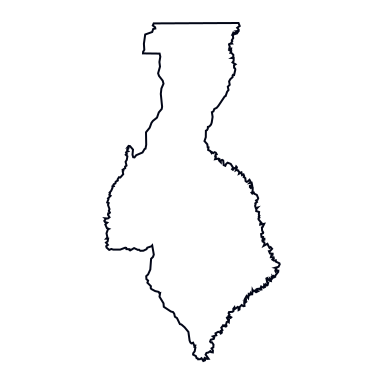 Cristalina, Goiás, Brazil (Robinson projection)
{"feature_id": "56859067B10276858229585", "entity_name": "Cristalina", "entity_type": "district", "adm_level": 2, "iso_a3": "BRA", "parent_name": "Brazil", "parent_adm1": "Goiás", "projection": "robinson", "projection_center": [-47.497, -16.702], "detail": "fine", "context": "isolated", "style": "outline", "palette": "ink", "viewbox_px": 384, "rotation_deg": 0, "n_neighbors": 0, "source": "geoboundaries", "source_scale": "gbopen_adm2", "svg_char_len": 6054}
<svg xmlns="http://www.w3.org/2000/svg" viewBox="0 0 384 384"><path d="M238.5,23.0L153.7,23.4L152.8,25.5L155.1,27.3L155.3,28.5L153.2,29.0L152.2,32.0L145.2,34.5L143.9,43.8L144.3,49.8L143.1,51.8L143.0,53.4L159.6,53.6L160.3,56.7L159.4,62.0L160.0,66.6L158.1,73.3L159.0,75.9L162.7,80.7L163.5,83.7L161.4,88.5L160.8,93.9L162.1,106.7L161.7,109.0L158.8,112.4L157.0,117.6L152.9,120.9L151.5,122.8L149.7,127.7L146.0,132.3L146.2,144.8L145.5,148.6L144.6,149.0L142.5,152.5L136.2,155.2L134.5,157.4L133.2,157.2L132.5,154.7L133.0,149.6L130.0,146.1L128.6,145.9L127.5,147.4L128.6,147.2L128.3,148.7L127.2,149.7L127.2,150.7L128.1,151.3L126.4,152.0L126.0,152.7L126.9,153.9L125.8,154.8L127.4,156.3L126.8,159.8L125.6,161.8L126.5,165.6L125.1,166.6L125.2,168.1L122.7,169.8L123.3,170.7L122.7,171.1L123.2,174.2L120.3,177.5L119.0,177.2L117.6,179.4L117.8,180.5L115.7,181.7L115.4,183.4L113.8,184.2L113.3,185.1L113.8,186.1L112.4,186.4L112.5,187.8L111.2,190.8L109.6,192.6L110.0,193.1L109.3,194.8L110.6,195.8L108.0,198.4L108.5,199.0L107.2,202.5L108.7,203.1L108.0,204.9L109.5,209.1L108.8,210.9L109.9,212.5L109.4,213.3L108.2,213.4L108.0,214.8L109.5,217.3L107.8,218.5L105.1,218.3L105.8,218.9L104.3,220.9L105.1,222.1L107.2,222.7L105.3,224.5L106.9,228.1L108.9,228.9L107.9,229.4L106.5,233.3L107.4,237.4L106.2,238.7L108.1,238.7L107.6,241.5L106.0,242.6L107.9,244.9L106.2,246.2L106.6,247.6L109.2,249.9L111.3,249.0L113.3,249.6L120.2,249.6L125.2,247.7L126.2,247.9L126.4,249.1L129.5,249.2L129.6,250.2L130.2,250.4L134.1,248.1L137.9,249.9L139.0,249.7L140.3,250.8L143.4,250.7L146.5,249.2L147.3,247.7L151.4,246.3L152.2,245.4L153.8,254.6L153.0,256.9L151.1,258.8L150.3,269.5L148.1,274.4L146.2,276.2L146.4,279.1L148.1,280.6L147.4,282.7L150.9,286.2L150.7,288.0L151.3,289.0L155.2,291.1L158.7,291.9L159.4,293.3L160.1,293.1L159.5,296.7L163.5,303.3L163.8,306.8L170.9,311.5L173.1,312.1L174.2,313.7L174.9,316.7L177.0,318.1L179.9,324.1L181.4,324.5L184.6,327.3L188.4,331.9L189.6,340.6L190.4,342.5L191.4,343.4L193.1,342.7L194.1,345.3L195.2,345.5L194.4,346.9L195.4,347.4L194.7,351.3L193.2,353.3L193.1,354.6L195.9,356.1L196.6,358.2L197.7,358.4L198.1,359.3L200.0,359.2L201.5,358.2L203.3,361.0L205.0,360.3L205.1,359.6L204.2,358.9L204.7,357.9L207.1,358.9L208.6,358.8L205.6,354.6L206.5,352.9L208.4,352.5L210.3,351.1L211.0,352.1L212.8,352.4L212.9,350.5L211.6,348.4L213.3,347.4L213.5,344.6L211.9,342.3L210.8,342.4L210.1,341.6L210.8,339.7L213.8,338.9L214.2,337.6L212.8,336.4L216.3,335.3L215.5,333.3L218.2,331.8L220.3,332.5L220.7,333.5L221.5,333.1L221.9,332.1L220.9,330.8L222.4,330.1L221.3,327.7L222.7,326.0L223.7,326.1L223.4,325.3L224.8,325.3L225.9,326.5L226.5,325.9L226.0,324.8L226.7,322.1L227.8,321.4L228.8,322.2L229.0,319.6L227.9,319.4L226.5,317.1L227.5,317.7L229.1,317.2L230.6,317.9L231.2,317.3L228.6,315.8L229.5,314.7L228.6,313.2L229.0,312.1L232.5,311.8L233.4,311.1L233.3,308.8L234.4,307.4L234.7,309.1L237.8,306.9L238.5,307.4L238.6,310.0L239.5,309.5L239.6,307.1L241.7,305.0L243.3,306.2L244.5,306.0L244.2,302.8L244.8,300.4L245.9,300.6L246.0,299.2L244.9,299.0L246.6,296.0L248.2,298.0L248.7,294.2L249.6,294.9L250.5,293.1L251.0,294.4L252.2,294.3L252.5,290.1L253.1,291.4L254.0,290.6L256.1,292.2L257.7,291.4L255.5,290.6L256.3,289.5L257.6,289.8L257.5,288.9L259.3,288.7L260.1,289.7L261.3,289.5L260.7,287.9L261.2,286.5L263.4,287.7L265.0,287.0L264.9,286.2L264.0,286.4L264.2,284.5L265.2,285.0L265.8,284.2L266.9,285.5L267.6,285.1L268.2,282.8L267.2,282.3L266.4,278.5L267.3,278.0L269.4,280.7L270.8,281.0L270.3,279.0L271.2,279.8L271.8,279.0L271.6,276.9L273.3,276.0L273.9,277.4L275.2,276.8L275.2,275.7L278.2,271.9L278.3,270.7L276.5,270.6L276.4,268.2L275.0,267.8L278.5,266.8L279.7,264.3L279.4,263.3L275.8,261.6L275.8,260.3L273.9,260.6L272.4,259.6L273.8,258.3L273.6,257.3L270.9,257.2L271.4,255.4L272.6,254.8L272.6,253.7L270.0,253.5L269.0,251.2L270.1,251.0L272.1,248.8L270.6,247.1L269.5,247.9L267.4,243.8L263.7,245.8L264.5,244.1L264.3,242.4L262.6,241.5L262.4,240.5L264.4,239.7L264.4,238.7L262.7,238.5L263.0,237.0L261.5,236.9L261.1,234.0L263.0,233.2L263.2,232.4L262.1,230.6L261.9,227.4L262.6,227.1L264.2,223.8L260.2,224.6L260.4,223.3L261.3,222.7L258.6,219.5L258.5,218.3L259.4,217.6L258.8,216.4L259.4,215.6L258.8,214.7L259.1,212.0L256.2,211.1L256.4,208.9L257.6,207.6L255.8,208.1L255.1,205.9L255.6,204.0L255.3,203.3L257.0,202.0L256.1,200.5L257.6,199.7L258.2,198.2L256.8,194.9L254.4,193.8L253.8,192.6L252.3,193.6L251.5,192.6L252.6,191.9L252.7,187.7L252.4,186.8L250.8,188.0L249.9,187.1L249.9,185.8L252.1,185.0L251.6,182.7L249.7,183.0L250.7,182.0L249.5,179.8L247.6,181.6L246.7,181.9L245.6,181.1L245.3,178.1L243.7,177.0L244.2,176.1L243.5,174.4L242.0,175.1L241.4,172.4L239.0,173.7L239.5,172.1L238.4,171.3L238.3,170.5L236.7,169.9L235.9,170.3L236.9,167.3L236.2,166.5L235.7,167.8L234.5,168.1L232.9,169.8L232.1,169.2L233.1,167.7L230.7,163.9L227.6,162.7L226.1,164.0L225.3,165.8L223.7,165.1L223.2,160.5L222.2,159.9L220.8,160.4L220.8,162.3L219.3,160.8L218.9,160.0L219.3,159.0L218.6,158.6L215.1,159.2L215.9,157.0L215.2,156.6L215.5,155.0L216.7,154.3L215.8,152.7L214.6,152.2L213.2,153.1L212.0,152.2L211.6,153.0L210.2,151.0L208.1,149.9L208.5,147.4L207.7,147.3L207.3,144.3L204.5,141.1L205.8,137.2L205.9,130.7L207.0,130.1L207.8,128.7L207.9,126.9L209.3,126.5L211.0,124.6L211.7,122.6L212.6,116.9L211.9,112.2L213.4,111.4L214.3,109.0L216.7,107.8L218.4,105.8L224.7,96.4L225.6,96.1L227.1,91.8L228.5,90.0L227.8,86.7L229.7,84.8L229.1,81.4L230.3,79.2L232.6,77.1L232.6,75.5L233.1,74.8L234.1,75.0L235.3,69.7L235.1,68.5L234.1,67.8L234.0,65.3L235.5,64.3L232.5,62.4L233.6,61.0L233.7,58.1L231.6,58.0L233.3,57.0L233.3,54.8L231.3,52.8L230.5,52.8L231.2,51.1L229.7,50.4L231.1,49.4L231.2,48.5L229.2,48.7L229.8,46.7L229.0,44.6L229.3,43.9L232.0,43.6L231.3,42.7L232.3,41.1L231.8,40.2L233.2,38.1L232.9,35.8L233.4,34.9L232.3,34.8L233.3,32.7L234.1,33.5L235.0,32.6L235.7,32.6L235.7,33.8L237.0,33.4L238.1,31.7L236.8,31.1L238.7,30.8L238.7,29.7L237.2,27.8L239.7,26.0L238.5,23.0ZM276.5,270.6L275.7,271.6L275.3,270.8L275.6,269.9L276.5,270.6ZM244.7,301.8L245.2,302.6L245.8,302.1L244.7,301.8ZM272.5,276.5L272.6,277.7L273.0,277.1L272.5,276.5Z" fill="none" stroke="#020617" stroke-width="2"/></svg>